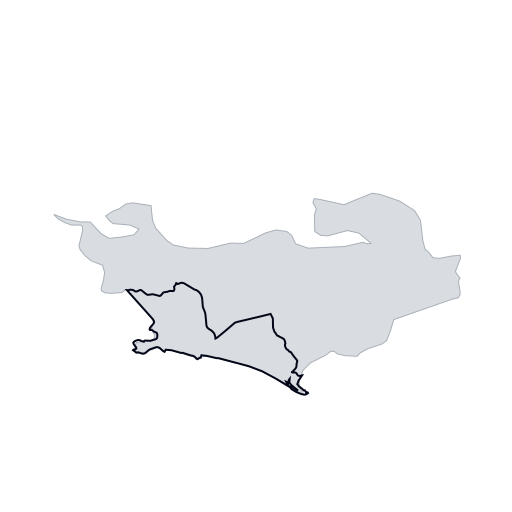 Limón on a map of Costa Rica (Robinson projection), rotated 139°
{"feature_id": "CRI-1329", "entity_name": "Limón", "entity_type": "Province", "adm_level": 1, "iso_a3": "CRI", "parent_name": "Costa Rica", "parent_adm1": "", "projection": "robinson", "projection_center": [-83.398, 10.004], "detail": "fine", "context": "in_parent", "style": "outline", "palette": "ink", "viewbox_px": 512, "rotation_deg": 139, "n_neighbors": 0, "source": "natural_earth", "source_scale": "10m", "svg_char_len": 5396}
<svg xmlns="http://www.w3.org/2000/svg" viewBox="0 0 512 512"><g transform="rotate(139 256 256)"><path d="M410.6,261.6L410.0,263.6L408.4,265.6L406.2,267.7L403.1,269.1L395.8,264.8L388.6,260.0L384.6,262.2L383.1,268.5L380.5,271.7L377.1,272.9L375.8,275.0L375.5,296.1L375.7,316.0L381.2,316.4L390.3,323.3L394.2,327.4L395.4,331.1L394.3,333.0L387.6,337.3L381.1,342.8L377.9,349.6L383.6,360.7L384.8,368.2L384.6,376.0L383.0,379.8L370.4,388.8L367.7,392.0L368.0,394.3L375.0,400.5L378.3,406.5L381.0,413.8L381.4,420.1L375.1,408.4L366.4,397.2L358.8,390.4L358.2,374.3L355.2,365.6L343.7,357.6L334.0,352.0L326.7,353.1L331.1,362.4L342.6,374.2L343.4,378.7L343.2,384.8L335.3,383.9L328.3,381.4L319.9,380.6L314.2,377.0L302.2,362.9L310.7,350.8L313.4,342.9L313.2,326.5L311.2,318.6L302.0,306.5L287.3,293.2L266.7,282.4L257.1,273.6L233.0,266.9L223.8,262.5L216.7,254.3L215.6,248.3L218.1,239.2L211.5,227.7L182.8,204.9L166.8,196.5L163.4,191.6L160.8,190.1L163.3,205.8L170.3,215.2L188.6,224.1L193.6,229.2L195.6,235.9L185.0,248.7L179.6,252.0L178.0,259.0L174.5,261.1L170.9,257.1L156.0,237.0L127.3,227.3L122.1,221.4L111.5,203.1L106.6,186.3L108.4,175.2L120.2,157.8L123.9,150.2L123.2,145.6L123.6,138.7L119.2,133.9L108.3,127.6L101.4,122.6L103.3,120.1L115.8,113.4L116.6,107.3L116.5,105.3L118.6,104.9L120.4,103.3L121.5,101.6L124.9,95.8L127.9,92.5L131.4,91.9L135.6,94.4L151.3,100.7L168.8,107.7L193.7,117.6L204.0,111.2L212.9,106.4L219.1,107.1L232.5,112.7L240.6,114.5L245.5,114.0L254.1,122.3L258.8,128.6L259.5,132.7L262.1,135.0L268.8,135.5L285.2,139.7L295.2,138.9L304.2,134.4L309.2,129.0L310.8,120.6L313.1,124.7L315.8,131.3L317.0,139.8L328.7,168.1L338.1,183.9L358.6,212.7L367.5,218.0L382.5,241.2L387.7,245.0L390.7,251.8L406.3,257.5L410.6,261.6Z" fill="#d9dde1" stroke="#a8b0b8" stroke-width="1"/><path d="M396.1,265.3L395.2,265.0L391.4,261.3L386.0,258.9L384.3,259.1L382.6,260.7L381.5,262.4L381.4,263.4L382.5,265.6L383.1,268.5L383.5,269.1L384.1,269.3L384.5,269.6L384.4,270.5L383.0,271.4L378.1,272.1L376.4,272.8L375.6,274.3L375.3,276.3L375.4,285.0L375.6,297.6L375.8,314.9L375.7,314.8L374.9,314.0L374.6,313.8L373.1,313.2L371.5,311.5L371.0,310.7L370.5,308.9L370.0,308.0L369.6,307.7L369.0,307.4L365.8,306.4L365.5,306.2L365.3,306.0L365.0,305.4L364.9,305.0L363.9,299.4L363.5,298.4L363.3,297.9L363.2,297.7L362.8,297.4L359.5,295.2L359.1,294.9L358.5,294.2L354.9,289.0L354.5,288.8L353.8,288.7L351.9,288.9L350.6,289.2L350.3,289.2L349.8,289.1L349.1,288.9L347.7,288.0L346.8,287.4L346.3,287.1L344.6,286.5L344.2,286.2L343.9,286.1L343.7,286.0L342.0,284.3L341.6,284.0L341.2,283.7L340.9,283.7L340.5,283.8L339.8,284.2L339.4,284.4L339.2,284.7L338.1,286.4L338.0,286.6L337.6,286.7L335.8,286.9L335.3,287.1L335.0,287.2L334.7,287.6L334.5,287.8L334.3,287.9L334.1,287.9L333.9,287.8L333.6,287.0L333.6,286.7L333.5,286.4L333.2,286.1L332.9,285.9L330.4,285.1L329.3,284.2L329.0,283.8L328.2,282.6L325.1,273.1L324.8,272.0L324.2,270.6L324.0,270.3L323.7,269.9L323.5,269.6L323.0,268.2L322.8,266.9L322.6,265.9L322.9,262.7L324.2,259.7L329.5,252.5L331.6,246.6L332.4,245.3L335.1,241.4L339.1,235.9L339.7,234.1L339.5,232.2L338.4,228.4L338.3,226.1L338.6,224.3L339.3,222.6L340.4,220.7L340.7,220.3L338.8,219.9L329.0,219.6L315.7,219.5L313.3,218.5L304.2,213.7L298.6,210.8L294.5,208.6L283.0,202.7L284.2,198.0L284.8,197.1L285.7,196.1L290.0,190.9L290.3,190.4L291.4,187.7L291.7,186.9L291.8,186.4L291.8,186.1L291.8,184.8L292.1,183.3L292.2,182.5L292.2,182.0L292.1,181.8L291.8,181.4L291.6,181.0L291.4,180.4L291.1,179.3L289.9,176.7L289.8,176.3L289.5,174.8L289.6,174.1L289.7,173.7L290.0,172.9L290.3,172.5L291.0,170.9L291.2,170.7L291.4,170.5L291.6,170.5L291.9,170.4L292.1,170.3L292.3,170.1L292.7,169.7L293.5,168.3L294.0,166.1L294.0,165.6L294.0,165.3L293.6,164.2L293.5,163.9L293.5,163.6L293.6,162.7L293.6,162.4L293.6,162.1L293.5,161.8L293.4,161.6L293.1,161.2L292.9,161.0L292.8,160.7L292.8,160.1L293.3,155.6L293.3,154.6L293.4,151.4L293.5,150.4L293.7,149.8L293.8,149.6L294.2,149.3L295.0,148.7L295.9,148.2L296.2,147.9L297.2,146.8L298.7,145.6L299.7,145.3L300.2,145.1L302.9,144.9L303.9,144.6L304.3,144.6L304.6,144.6L305.0,144.8L305.1,144.7L304.9,144.2L304.7,143.9L304.3,143.5L303.5,143.0L303.2,142.7L302.8,142.3L302.6,141.9L302.5,141.5L302.4,141.0L302.7,138.9L302.7,138.5L302.7,138.2L302.4,137.7L302.1,137.2L301.6,136.7L301.4,136.5L301.2,136.4L300.9,136.2L299.8,135.9L299.5,135.7L305.6,134.0L308.9,132.2L309.1,129.3L308.3,125.6L308.2,123.3L307.3,122.7L307.6,121.3L307.4,120.7L307.2,120.6L306.5,118.7L305.8,118.5L306.7,118.4L307.1,118.7L307.4,118.6L307.9,118.9L307.9,119.1L307.7,119.3L307.7,119.6L308.1,119.6L308.6,119.1L308.6,118.7L309.1,118.8L310.6,119.7L312.4,122.1L314.8,126.9L316.5,132.1L316.3,135.5L314.9,133.6L312.5,126.8L314.0,135.2L313.9,138.6L311.2,141.2L312.6,140.9L313.6,140.2L314.5,139.3L315.7,138.4L315.3,138.9L315.2,139.6L315.3,140.3L315.7,141.2L316.0,140.0L316.4,137.6L316.9,136.2L321.4,150.2L327.0,165.0L333.7,177.5L351.3,203.5L352.7,204.7L358.6,212.8L362.3,216.9L364.5,215.5L365.3,216.1L367.8,216.5L368.3,217.4L368.3,219.3L368.6,221.0L369.3,222.4L370.5,223.8L374.8,231.0L376.2,232.1L381.5,240.2L385.6,244.5L387.9,243.7L388.5,245.3L389.0,249.6L389.8,251.5L391.2,252.7L397.5,255.2L399.7,255.4L401.8,255.3L403.9,255.5L405.7,256.6L408.0,260.5L409.6,261.6L410.6,265.6L409.9,265.7L408.5,264.8L407.1,264.6L406.4,265.7L406.1,269.7L405.5,271.1L404.2,271.3L402.5,271.0L400.9,270.4L400.0,269.9L399.0,268.7L397.8,266.2L396.9,264.9L396.1,265.3Z" fill="none" stroke="#020617" stroke-width="2"/></g></svg>